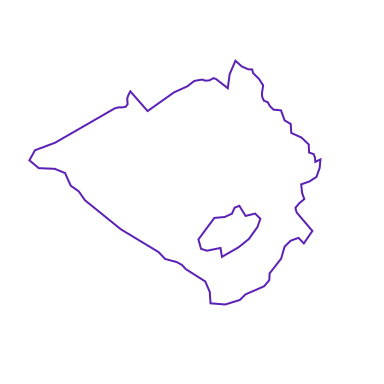 Veszprém, Albers equal-area conic projection, rotated 62°
{"feature_id": "HUN-3158", "entity_name": "Veszprém", "entity_type": "County", "adm_level": 1, "iso_a3": "HUN", "parent_name": "Hungary", "parent_adm1": "", "projection": "albers", "projection_center": [17.661, 47.071], "detail": "fine", "context": "isolated", "style": "outline", "palette": "violet", "viewbox_px": 384, "rotation_deg": 62, "n_neighbors": 0, "source": "natural_earth", "source_scale": "10m", "svg_char_len": 1330}
<svg xmlns="http://www.w3.org/2000/svg" viewBox="0 0 384 384"><g transform="rotate(62 192 192)"><path d="M282.9,104.0L289.9,117.4L282.5,119.5L281.3,127.8L283.8,136.0L292.7,144.6L300.3,161.7L306.1,165.1L309.1,172.6L307.5,192.8L309.8,200.5L306.9,215.5L299.0,227.9L288.5,223.2L277.2,222.3L257.2,233.7L251.7,235.1L246.8,238.3L238.6,247.1L229.2,249.8L191.6,272.3L149.0,290.4L138.2,291.7L129.6,296.1L115.7,295.2L107.1,302.3L99.0,316.1L87.7,320.7L81.4,311.0L84.2,289.8L81.9,220.9L82.8,217.0L84.5,214.0L85.6,210.6L84.3,207.7L78.9,205.2L76.4,202.5L74.2,199.2L99.7,193.2L95.6,161.2L96.5,146.5L95.0,137.8L97.5,130.3L100.1,127.7L101.6,124.2L101.6,119.6L103.4,117.8L117.2,111.7L105.7,103.5L96.5,92.0L104.6,89.1L110.2,84.6L112.0,81.4L115.8,82.2L123.5,79.8L131.2,79.1L138.1,84.2L141.5,85.5L145.3,85.6L148.2,83.0L152.8,82.9L157.5,81.4L161.7,75.1L172.3,76.6L178.3,72.9L186.5,76.6L195.3,69.8L204.8,66.6L212.1,70.1L215.7,66.8L219.6,67.3L223.3,69.0L223.5,63.3L230.7,68.0L237.1,75.0L237.8,83.6L236.5,92.0L244.4,95.2L251.0,96.2L252.3,102.7L254.6,108.2L259.3,109.2L282.9,104.0ZM263.3,196.0L262.7,177.0L260.2,163.9L253.7,150.7L247.7,144.2L240.7,146.4L238.3,155.9L226.4,156.7L225.9,161.8L229.9,166.9L229.4,174.9L225.4,184.4L230.9,196.1L236.9,208.6L246.4,210.7L250.9,206.3L254.8,193.1L263.3,196.0Z" fill="none" stroke="#5b21b6" stroke-width="2"/></g></svg>